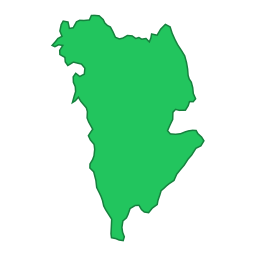 Santa Cruz da Esperança, São Paulo, Brazil
{"feature_id": "56859067B44664335204438", "entity_name": "Santa Cruz da Esperança", "entity_type": "district", "adm_level": 2, "iso_a3": "BRA", "parent_name": "Brazil", "parent_adm1": "São Paulo", "projection": "equal_earth", "projection_center": [-47.445, -21.286], "detail": "fine", "context": "isolated", "style": "filled", "palette": "green", "viewbox_px": 256, "rotation_deg": 0, "n_neighbors": 0, "source": "geoboundaries", "source_scale": "gbopen_adm2", "svg_char_len": 1846}
<svg xmlns="http://www.w3.org/2000/svg" viewBox="0 0 256 256"><path d="M68.0,22.0L63.2,21.1L61.2,24.6L59.9,31.0L62.0,36.3L57.9,38.5L55.4,41.7L52.1,45.4L54.9,46.7L58.6,44.8L62.8,45.4L59.7,50.4L59.9,54.5L64.9,57.4L65.3,61.9L67.8,65.5L73.4,62.1L77.8,63.2L81.5,64.1L84.9,68.2L84.3,74.1L79.8,76.5L75.7,73.3L73.2,76.9L73.4,82.3L75.3,86.7L75.6,91.6L74.2,96.1L72.4,102.6L75.4,100.7L78.4,97.2L80.7,101.2L83.3,104.3L86.3,107.8L87.4,111.6L87.1,117.9L88.7,122.0L92.7,129.2L90.3,132.7L88.4,135.7L90.3,139.8L94.1,144.4L94.7,149.4L94.0,155.8L92.6,159.6L90.0,164.0L89.9,168.0L93.7,171.8L95.9,180.4L96.7,187.5L99.4,192.9L101.0,196.3L102.5,200.4L103.7,205.9L105.6,209.6L108.9,214.8L111.7,219.2L111.0,233.8L111.5,237.7L115.8,238.6L119.1,240.0L123.2,240.6L124.3,236.8L122.6,232.3L121.9,227.4L122.9,220.9L126.4,217.9L128.0,214.5L130.1,208.5L135.2,205.5L139.0,205.3L141.5,209.6L144.3,212.0L148.6,212.7L152.3,208.1L157.2,204.5L157.9,200.6L159.8,195.0L161.1,190.7L164.1,188.1L166.5,185.8L169.1,183.7L174.0,180.4L176.7,174.2L180.3,169.7L184.2,165.1L188.0,159.2L191.6,155.1L195.9,148.3L200.9,145.8L203.9,140.8L201.6,137.1L197.9,133.7L196.1,130.5L192.7,130.3L188.5,130.9L185.4,131.8L180.7,133.7L175.6,134.3L170.3,133.9L167.5,130.7L170.0,125.0L172.7,119.4L172.9,112.3L175.5,109.4L179.3,110.3L185.4,110.2L188.2,105.7L189.5,101.6L193.2,101.7L195.6,98.8L193.3,93.6L192.7,87.6L191.3,82.2L189.2,79.0L188.1,75.4L187.6,69.0L186.5,62.6L184.7,55.9L181.8,51.1L177.7,44.9L174.8,39.3L172.1,33.2L170.1,26.9L165.4,24.4L160.7,29.1L157.1,35.2L151.6,34.0L150.9,37.9L149.3,41.9L146.0,38.5L141.7,39.2L138.9,37.5L135.8,38.5L132.1,35.9L127.4,35.5L122.9,38.1L119.3,38.9L115.4,37.3L112.8,31.5L110.4,27.0L107.4,25.5L104.8,23.0L103.2,19.6L99.1,15.8L94.6,15.4L91.4,15.5L89.4,20.0L83.8,20.5L79.7,20.3L76.5,21.8L73.2,27.8L69.4,28.4L68.0,22.0Z" fill="#22c55e" stroke="#15803d" stroke-width="1.5"/></svg>